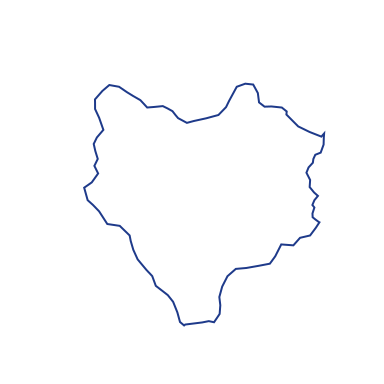 outline of Koilani, Limassol, Cyprus, rotated 116°
{"feature_id": "46923920B88504120231715", "entity_name": "Koilani", "entity_type": "district", "adm_level": 2, "iso_a3": "CYP", "parent_name": "Cyprus", "parent_adm1": "Limassol", "projection": "orthographic", "projection_center": [32.853, 34.839], "detail": "fine", "context": "isolated", "style": "outline", "palette": "blue", "viewbox_px": 384, "rotation_deg": 116, "n_neighbors": 0, "source": "geoboundaries", "source_scale": "gbopen_adm2", "svg_char_len": 1391}
<svg xmlns="http://www.w3.org/2000/svg" viewBox="0 0 384 384"><g transform="rotate(116 192 192)"><path d="M78.1,142.2L76.7,148.3L80.3,158.1L83.5,164.2L82.1,171.0L74.2,176.2L68.6,184.1L71.3,191.6L77.8,197.9L93.8,198.6L100.8,198.6L111.2,202.0L115.9,207.4L119.5,211.5L127.4,221.5L132.1,226.9L131.7,236.9L130.1,240.5L127.9,245.0L127.6,250.7L127.6,255.9L132.1,263.2L135.7,269.3L132.1,278.6L131.5,287.2L130.8,294.2L129.4,303.7L132.1,313.2L140.3,316.8L151.3,319.8L154.2,318.3L159.9,315.5L166.0,308.0L175.0,298.9L184.7,301.4L191.9,301.4L197.5,296.9L203.6,291.2L211.3,291.2L216.5,284.5L227.3,286.3L235.4,290.8L245.1,282.2L247.1,275.2L250.1,267.0L257.9,254.1L254.1,242.1L258.4,229.0L260.5,227.4L262.9,225.6L269.7,219.4L276.4,211.3L282.1,198.6L285.0,190.9L292.2,183.4L295.3,168.5L299.0,160.8L306.6,152.4L314.1,145.8L315.4,140.6L314.1,140.0L310.4,134.3L304.8,125.7L300.7,120.3L299.4,115.1L289.5,113.7L281.4,116.9L274.4,121.4L263.8,123.4L252.1,123.2L241.9,118.9L236.5,109.9L229.1,99.7L222.3,90.6L213.3,89.0L200.0,88.8L195.5,77.5L185.8,74.8L179.3,66.8L169.8,65.0L163.4,64.2L163.4,64.8L162.6,69.1L161.8,72.5L158.5,74.3L152.3,75.2L150.9,78.1L145.7,78.4L140.3,77.1L138.9,82.1L136.0,88.4L129.4,91.1L124.5,97.6L118.8,98.0L112.7,96.2L109.1,97.4L104.5,97.5L100.2,93.6L91.7,94.5L85.5,97.3L81.5,98.9L85.5,100.0L86.5,112.6L86.5,125.3L81.0,141.1L78.1,142.2Z" fill="none" stroke="#1e3a8a" stroke-width="2"/></g></svg>